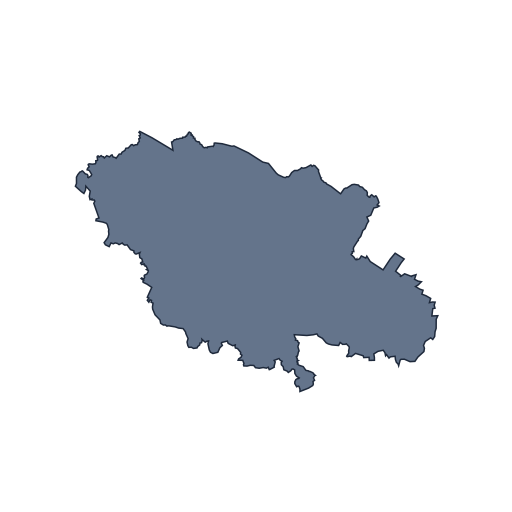 outline of Zona Bananera, Magdalena, Colombia, rotated 120°
{"feature_id": "7082276B35550035706451", "entity_name": "Zona Bananera", "entity_type": "district", "adm_level": 2, "iso_a3": "COL", "parent_name": "Colombia", "parent_adm1": "Magdalena", "projection": "mercator", "projection_center": [-74.184, 10.797], "detail": "fine", "context": "isolated", "style": "filled", "palette": "slate", "viewbox_px": 512, "rotation_deg": 120, "n_neighbors": 0, "source": "geoboundaries", "source_scale": "gbopen_adm2", "svg_char_len": 6130}
<svg xmlns="http://www.w3.org/2000/svg" viewBox="0 0 512 512"><g transform="rotate(120 256 256)"><path d="M151.1,174.3L151.2,176.6L148.3,176.2L145.8,179.0L144.0,181.8L144.1,182.5L145.7,183.3L145.1,186.4L146.7,187.1L148.3,186.8L148.5,187.6L147.9,190.0L145.4,191.3L144.4,192.9L144.3,195.3L143.3,198.2L144.0,201.0L143.3,202.7L144.8,206.7L146.2,208.5L151.7,211.3L152.3,212.3L153.8,213.3L159.8,213.8L159.8,214.4L158.2,225.7L158.3,230.8L157.7,231.9L158.1,234.3L157.4,235.8L157.4,237.0L156.6,238.6L155.8,238.5L155.9,239.0L151.5,244.2L150.2,244.8L148.4,250.1L148.7,251.5L150.4,252.2L149.7,254.0L154.5,256.9L156.4,259.1L156.8,260.8L158.2,261.0L161.2,262.8L162.7,265.4L163.3,265.7L165.9,266.8L170.1,267.0L171.4,267.6L172.0,269.1L173.3,269.6L174.0,271.3L174.6,277.3L174.1,279.9L169.6,291.5L171.3,297.1L170.5,314.0L171.7,330.1L173.0,331.7L175.7,341.5L178.6,348.0L179.2,348.6L180.9,347.8L182.6,347.8L182.7,348.6L185.7,352.4L186.7,352.4L186.9,353.6L188.2,355.0L187.9,356.9L186.8,358.7L187.0,360.5L186.2,361.2L185.6,362.5L186.3,363.7L186.4,365.5L185.5,367.3L184.6,367.7L185.1,369.2L183.8,369.8L183.8,371.4L183.1,371.7L183.7,372.7L182.1,373.5L182.0,375.7L182.9,376.2L183.9,375.7L184.8,376.3L187.0,376.1L187.5,376.9L188.5,376.8L189.8,378.9L190.7,378.5L192.2,380.8L193.9,382.0L194.0,383.1L195.2,383.5L196.3,384.9L198.5,385.2L199.5,386.1L206.0,380.8L205.6,405.2L206.2,419.0L207.5,419.2L208.0,417.2L209.2,416.7L210.1,417.4L211.6,415.3L213.1,416.1L215.2,414.3L216.7,414.8L218.8,414.4L220.2,416.3L221.6,417.1L221.3,418.8L222.0,419.7L226.3,420.6L227.8,422.6L230.1,422.3L233.1,423.9L235.2,423.8L236.1,425.4L241.3,426.0L241.1,427.1L241.7,429.3L240.4,431.2L241.1,431.8L243.4,432.4L243.8,435.4L247.0,436.4L246.3,437.7L246.8,438.8L246.5,440.3L248.8,441.4L248.2,442.5L248.7,443.2L249.6,443.2L251.9,441.2L252.5,441.1L253.6,442.4L255.0,441.4L256.4,441.2L258.3,443.6L259.4,446.2L260.2,447.0L260.9,447.0L262.2,445.1L264.2,445.7L265.8,445.4L265.3,443.1L267.5,439.1L268.8,438.8L272.0,440.3L272.0,441.0L270.4,441.8L269.7,442.8L270.2,445.0L269.1,448.6L269.2,449.1L270.7,449.8L271.3,450.5L274.6,451.0L277.5,450.9L283.0,447.7L285.9,447.3L287.6,439.4L287.9,436.3L284.1,436.6L280.6,438.3L282.7,432.0L287.7,430.2L290.2,427.9L289.1,426.9L289.5,426.9L289.5,426.1L288.4,424.0L289.1,423.0L291.5,422.8L301.6,411.0L303.9,412.9L305.5,412.3L303.2,405.6L302.5,402.1L303.0,400.6L306.7,396.7L308.3,396.1L310.7,394.3L314.0,393.5L320.4,394.2L321.6,392.0L321.3,387.8L317.2,388.1L316.8,385.7L315.1,384.5L314.4,382.2L314.6,380.3L311.6,378.3L312.2,376.8L312.2,375.1L310.8,373.2L313.2,367.9L312.6,364.3L313.9,363.5L314.5,361.6L314.2,360.7L311.0,358.2L312.7,358.0L315.5,355.8L315.6,353.4L317.8,351.1L318.8,352.2L319.9,352.4L320.6,350.7L318.8,349.0L319.7,348.4L319.4,347.7L320.2,347.0L319.7,346.1L321.6,343.3L322.5,344.0L322.5,342.0L323.7,341.5L326.2,341.5L328.3,343.0L329.2,342.9L330.1,341.8L331.9,341.6L332.2,344.1L333.0,344.3L333.4,341.0L334.5,341.2L335.2,340.6L334.9,336.4L335.3,330.6L346.1,329.5L346.0,327.8L348.7,328.0L349.6,325.7L346.9,325.9L346.7,324.3L348.5,323.7L348.3,321.6L351.9,320.2L353.7,318.9L357.4,314.0L359.4,307.2L362.0,304.9L362.1,301.7L361.0,300.0L361.3,298.0L360.6,297.5L359.9,296.1L357.8,290.5L357.1,287.0L355.3,282.8L357.0,279.1L358.3,277.9L361.5,273.5L365.0,272.7L367.7,270.2L368.7,268.5L367.3,266.3L367.3,263.9L365.1,261.1L363.5,261.2L361.2,260.3L359.4,261.0L358.3,259.8L356.0,260.4L355.2,261.1L356.0,257.3L355.8,256.6L354.7,256.3L353.3,254.6L356.1,253.7L360.7,249.5L362.1,247.3L362.0,244.6L358.5,240.9L353.5,241.4L350.3,240.4L348.9,242.4L348.1,242.5L344.0,238.3L345.6,236.4L345.3,231.2L343.4,229.5L344.8,229.0L346.0,227.8L345.4,226.0L345.6,225.1L347.1,221.1L348.7,220.4L348.9,218.6L351.1,218.3L353.8,219.6L355.2,219.4L353.0,215.3L355.1,212.7L356.4,212.5L357.3,211.6L355.8,208.7L353.5,206.3L351.9,203.2L353.0,200.6L351.6,197.1L349.0,194.0L347.9,190.9L346.2,189.8L347.8,187.7L347.4,187.3L343.1,184.6L342.4,185.2L338.1,186.4L337.3,188.1L333.3,184.8L334.2,182.8L334.1,180.8L335.7,180.9L337.5,179.7L338.2,177.2L340.6,175.0L340.1,171.6L340.7,169.8L338.0,168.5L335.9,168.2L335.3,167.3L335.3,165.6L338.3,163.6L339.8,160.9L340.0,157.6L340.8,157.8L341.8,159.0L343.1,159.7L345.5,159.5L347.1,158.6L348.9,155.4L347.6,154.5L347.5,153.5L349.3,151.4L351.4,150.2L344.1,144.4L339.8,142.1L338.3,142.3L336.1,143.9L334.4,143.1L332.8,145.3L330.2,145.3L329.7,144.9L329.5,146.9L329.0,147.2L328.7,148.4L329.0,151.7L329.5,152.3L329.2,153.0L330.1,155.6L328.2,159.8L329.1,164.2L328.9,166.1L327.7,166.0L327.7,166.9L327.0,167.7L325.3,167.0L325.6,168.3L324.4,168.8L323.9,170.0L322.8,170.0L322.8,170.7L321.3,170.2L317.8,171.3L316.7,171.2L313.6,174.4L309.7,175.2L309.5,176.7L308.5,177.7L309.1,179.8L307.7,180.2L306.8,182.0L305.0,183.5L299.4,172.2L295.5,166.9L293.0,164.3L294.2,162.1L294.1,157.3L296.1,151.8L296.0,149.3L295.0,145.7L292.2,139.7L288.8,139.9L289.2,136.8L287.9,134.6L286.9,133.9L287.9,130.2L288.9,129.3L292.0,128.3L293.7,127.1L296.7,127.4L297.5,127.3L297.6,126.7L295.7,124.5L295.5,123.2L290.6,121.1L288.8,113.3L290.1,111.9L287.2,107.4L289.8,105.7L287.1,101.3L284.7,102.7L281.9,105.0L277.6,102.7L274.0,98.7L275.2,96.1L277.6,93.9L276.1,93.7L277.9,89.8L276.1,89.2L273.3,85.4L275.9,83.5L277.8,81.4L278.6,78.8L279.7,77.6L274.1,79.1L273.0,78.8L271.2,75.9L270.5,69.8L267.8,65.7L262.6,65.3L254.8,62.8L251.7,64.0L249.7,66.2L245.4,66.7L239.5,63.8L239.9,61.2L236.4,61.0L232.0,63.1L228.6,63.8L220.7,68.3L216.8,68.7L220.0,73.7L213.2,76.6L211.7,74.9L209.5,77.1L206.4,77.8L207.6,80.2L209.7,82.5L205.4,83.5L205.4,88.9L206.1,93.3L202.1,94.2L202.8,97.6L202.7,102.6L200.0,101.1L195.6,99.9L196.7,103.1L196.9,107.1L192.2,108.1L195.3,111.1L195.9,111.0L197.1,118.4L201.4,120.4L201.4,120.8L200.4,120.8L199.4,127.5L189.2,126.9L184.5,126.2L184.0,136.9L191.5,138.2L204.5,139.0L203.7,154.3L200.7,160.0L202.9,159.9L203.3,164.8L206.4,164.9L207.5,165.5L208.7,166.8L208.2,167.2L209.0,167.3L209.3,168.0L207.8,171.2L207.3,174.3L206.5,174.4L205.5,173.9L204.2,174.8L203.3,173.5L200.9,175.4L199.4,175.8L192.5,175.5L191.4,175.1L190.2,175.8L186.6,175.1L180.5,176.2L177.8,175.2L172.7,176.0L169.4,175.9L166.8,179.5L163.3,177.0L155.5,178.0L153.1,175.4L151.1,174.3Z" fill="#64748b" stroke="#1e293b" stroke-width="1.5"/></g></svg>